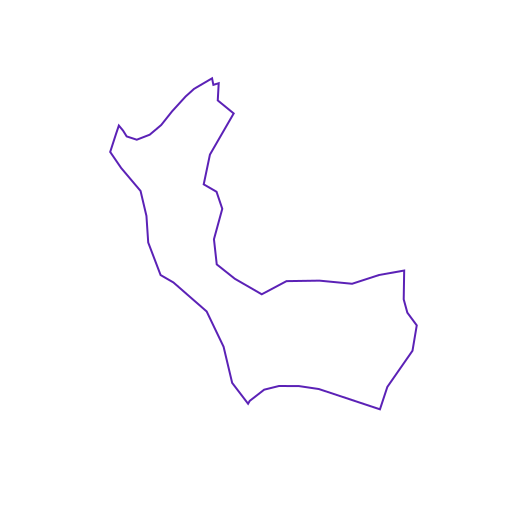 map outline of Debar (Natural Earth projection), rotated 210°
{"feature_id": "MKD-2952", "entity_name": "Debar", "entity_type": "Statistical Region", "adm_level": 1, "iso_a3": "MKD", "parent_name": "North Macedonia", "parent_adm1": "", "projection": "natural_earth1", "projection_center": [20.605, 41.506], "detail": "fine", "context": "isolated", "style": "outline", "palette": "violet", "viewbox_px": 512, "rotation_deg": 210, "n_neighbors": 0, "source": "natural_earth", "source_scale": "10m", "svg_char_len": 785}
<svg xmlns="http://www.w3.org/2000/svg" viewBox="0 0 512 512"><g transform="rotate(210 256 256)"><path d="M120.4,317.5L106.4,292.3L96.6,282.6L82.1,276.3L73.1,252.2L76.8,208.3L72.0,185.2L135.1,172.2L153.8,164.8L171.1,154.9L182.1,144.3L189.0,127.4L189.0,124.1L213.2,134.2L238.7,161.2L271.0,183.3L314.3,191.8L329.1,191.8L356.1,213.8L370.9,235.9L388.5,254.6L416.8,264.8L434.3,273.2L438.3,291.9L440.0,300.4L433.8,298.1L427.8,294.9L417.4,297.1L408.7,307.9L403.6,322.0L401.0,339.4L396.7,359.0L393.2,369.8L382.9,387.9L378.5,382.9L374.7,387.0L366.9,371.6L346.6,368.3L346.6,346.2L346.6,320.8L337.1,291.9L322.3,291.9L308.8,280.0L300.8,249.5L285.8,229.1L263.0,225.7L231.9,225.7L217.0,249.5L188.7,266.4L158.9,280.0L139.8,301.2L120.4,317.5Z" fill="none" stroke="#5b21b6" stroke-width="2"/></g></svg>